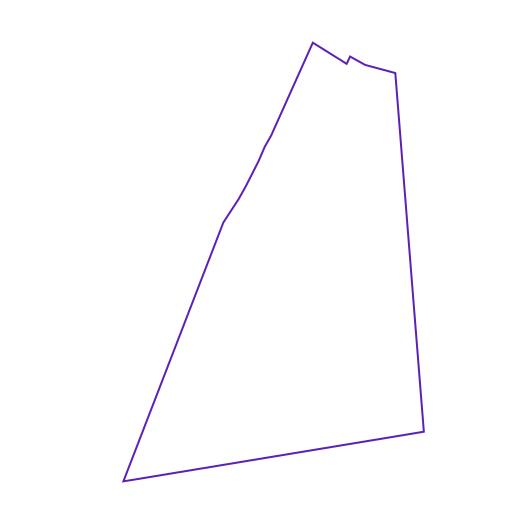 the district of Teyarett, Nouakchott, Mauritania, rotated 171°
{"feature_id": "47542326B65700672861559", "entity_name": "Teyarett", "entity_type": "district", "adm_level": 2, "iso_a3": "MRT", "parent_name": "Mauritania", "parent_adm1": "Nouakchott", "projection": "natural_earth1", "projection_center": [-15.928, 18.147], "detail": "fine", "context": "isolated", "style": "outline", "palette": "violet", "viewbox_px": 512, "rotation_deg": 171, "n_neighbors": 0, "source": "geoboundaries", "source_scale": "gbopen_adm2", "svg_char_len": 342}
<svg xmlns="http://www.w3.org/2000/svg" viewBox="0 0 512 512"><g transform="rotate(171 256 256)"><path d="M283.0,294.2L422.2,54.2L413.7,54.2L117.7,56.2L89.8,414.9L118.2,427.6L131.9,438.3L136.4,431.6L166.5,457.8L222.2,372.6L230.2,362.6L238.7,349.2L255.2,326.4L264.2,315.0L283.0,294.2Z" fill="none" stroke="#5b21b6" stroke-width="2"/></g></svg>